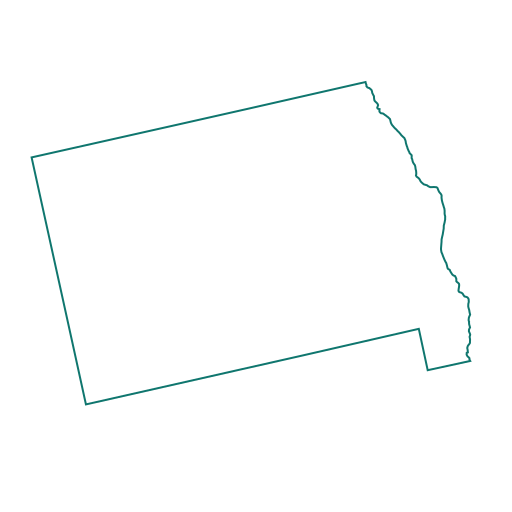 the district of Phnum Proek, Batdâmbâng, Cambodia, rotated 168°
{"feature_id": "14789045B85132506712609", "entity_name": "Phnum Proek", "entity_type": "district", "adm_level": 2, "iso_a3": "KHM", "parent_name": "Cambodia", "parent_adm1": "Batdâmbâng", "projection": "equal_earth", "projection_center": [102.376, 13.291], "detail": "fine", "context": "isolated", "style": "outline", "palette": "teal", "viewbox_px": 512, "rotation_deg": 168, "n_neighbors": 0, "source": "geoboundaries", "source_scale": "gbopen_adm2", "svg_char_len": 2747}
<svg xmlns="http://www.w3.org/2000/svg" viewBox="0 0 512 512"><g transform="rotate(168 256 256)"><path d="M453.2,146.2L232.0,149.0L111.9,150.9L111.8,108.6L68.3,108.8L68.7,110.2L68.5,111.7L69.1,112.8L69.9,113.7L70.5,115.7L70.0,117.5L69.4,117.7L68.8,117.7L68.5,120.3L68.5,122.1L67.7,123.7L67.0,124.5L65.9,125.3L64.8,126.5L64.3,128.6L64.0,129.7L63.9,130.9L63.9,132.5L63.1,133.9L62.8,134.8L63.2,137.1L63.3,137.5L63.4,138.1L63.0,139.6L62.2,140.8L61.5,141.6L61.6,143.6L61.7,144.7L61.5,146.4L61.2,147.6L61.4,148.4L61.3,149.3L60.6,151.4L59.8,152.7L59.1,153.6L58.7,154.3L58.8,155.4L58.8,156.9L58.7,158.8L58.9,161.1L58.9,162.5L58.3,165.0L57.9,165.8L57.4,166.9L57.0,169.5L57.2,170.4L57.8,171.6L59.2,172.5L60.5,173.1L61.2,174.7L61.7,176.2L62.6,177.3L64.7,178.5L65.2,179.8L64.7,181.4L63.8,183.7L63.3,185.3L63.2,186.5L63.7,187.5L64.9,188.9L65.3,189.6L65.0,191.1L64.8,192.2L65.4,194.9L66.9,195.9L67.8,197.0L68.5,198.8L69.1,200.5L69.4,202.2L70.7,203.3L71.1,204.1L71.2,205.6L71.2,207.1L71.4,209.7L71.8,210.7L72.3,212.7L72.6,214.2L73.1,217.0L73.4,219.3L73.8,221.1L73.7,223.6L73.5,224.8L72.5,228.2L71.6,231.2L71.0,233.7L69.9,236.1L68.9,238.2L68.6,239.0L68.0,240.5L66.7,243.8L66.0,246.7L64.6,249.5L63.4,252.4L63.1,253.8L62.7,255.5L62.8,257.0L62.7,258.3L62.1,261.0L61.9,263.2L62.1,264.6L62.2,266.3L62.5,269.2L62.6,271.8L62.4,274.5L61.9,276.4L62.0,277.6L62.6,278.9L63.4,280.3L63.9,282.0L64.1,283.3L64.4,284.9L65.1,285.7L66.7,286.2L68.2,286.6L69.8,286.8L71.4,287.2L73.0,288.4L74.0,289.6L75.7,290.5L77.1,291.3L77.8,292.3L78.8,293.6L79.5,294.9L79.8,296.2L80.3,297.6L81.1,298.8L82.4,300.2L82.8,301.5L82.2,302.8L81.9,304.5L81.7,306.1L81.8,307.6L81.7,309.1L81.6,310.3L81.7,311.8L82.5,313.6L82.9,314.8L83.1,316.0L83.1,317.0L83.1,318.3L83.4,319.2L83.3,320.0L83.0,321.1L82.8,322.2L83.4,323.2L84.4,324.8L84.5,326.0L84.9,327.2L85.1,328.4L85.4,329.8L85.4,331.0L85.6,331.8L85.8,334.1L85.9,335.6L85.8,336.5L85.8,337.8L86.0,338.9L86.4,340.7L87.0,341.4L87.6,342.3L88.7,343.9L89.3,345.2L89.9,346.3L90.5,347.4L91.5,348.8L92.2,350.1L92.9,351.2L93.4,351.8L94.4,353.5L94.9,354.5L95.6,355.7L96.2,357.5L96.4,359.0L96.4,360.5L96.5,362.1L97.5,363.6L98.2,364.6L98.9,365.3L100.0,366.7L100.8,367.4L101.2,368.0L102.2,369.0L103.3,369.4L104.0,369.6L104.5,370.2L105.1,371.2L105.2,372.2L104.9,373.0L104.6,374.0L105.6,374.4L106.3,374.9L106.6,375.8L105.9,377.0L105.2,378.2L105.5,379.7L106.1,380.7L106.8,381.7L107.4,382.6L107.8,383.4L107.8,384.9L107.7,386.1L107.4,387.8L107.7,388.7L108.1,390.2L108.4,391.4L108.3,392.8L108.5,394.3L109.0,395.1L109.8,396.1L110.2,396.7L110.9,397.0L112.0,397.8L112.7,399.2L112.4,400.3L112.6,401.4L112.7,402.5L112.7,403.4L231.9,401.7L305.5,400.8L455.0,399.1L454.6,343.4L454.4,317.5L453.8,235.3L453.6,208.1L453.2,146.2Z" fill="none" stroke="#0f766e" stroke-width="2"/></g></svg>